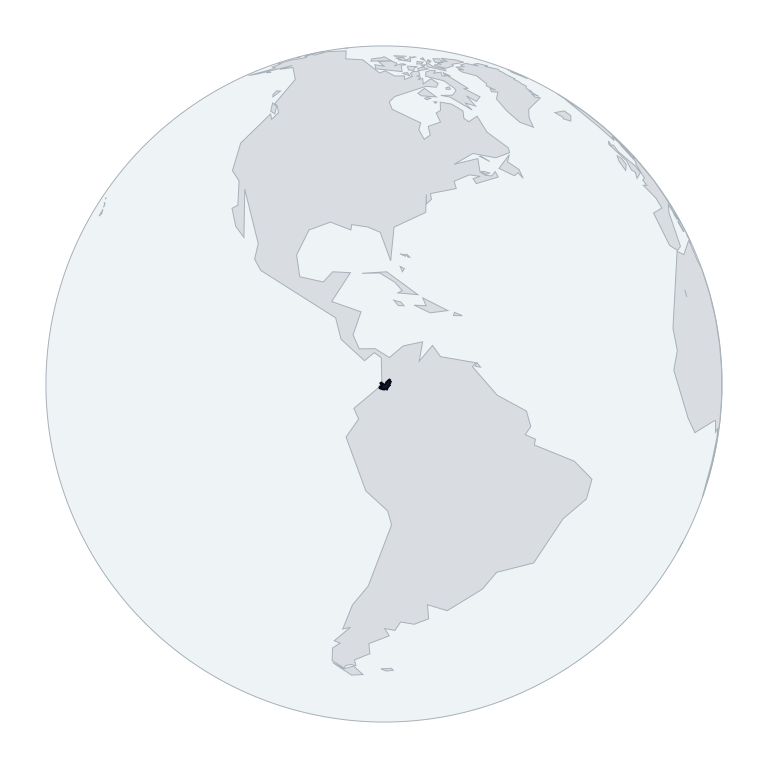 Valle del Cauca on an orthographic globe, rotated 12°
{"feature_id": "COL-1408", "entity_name": "Valle del Cauca", "entity_type": "Department", "adm_level": 1, "iso_a3": "COL", "parent_name": "Colombia", "parent_adm1": "", "projection": "orthographic", "projection_center": [-76.797, 4.064], "detail": "fine", "context": "on_globe", "style": "filled", "palette": "ink", "viewbox_px": 768, "rotation_deg": 12, "n_neighbors": 0, "source": "natural_earth", "source_scale": "10m", "svg_char_len": 10261}
<svg xmlns="http://www.w3.org/2000/svg" viewBox="0 0 768 768"><g transform="rotate(12 384 384)"><circle cx="384" cy="384" r="338" fill="#eef3f6" stroke="#a8b0b8"/><path d="M375.9,358.9L367.9,355.3L360.1,365.3L332.7,349.2L323.0,329.4L239.8,298.5L231.5,288.8L231.8,272.8L207.3,222.4L216.5,269.8L206.3,260.7L198.8,243.8L203.9,239.5L200.0,215.5L191.4,206.8L193.7,178.2L216.9,143.5L219.1,148.5L224.4,140.5L221.9,134.3L219.0,132.3L233.9,104.6L229.2,93.4L216.7,97.8L228.1,91.6L197.0,106.5L187.4,110.4L205.1,101.5L212.1,97.4L208.9,97.1L215.5,93.0L217.7,90.9L225.8,86.4L235.5,82.8L240.9,80.1L238.3,80.2L244.8,76.6L247.7,76.7L259.4,70.7L277.7,66.0L279.0,73.9L295.8,71.3L315.0,80.7L320.0,77.5L330.4,80.5L340.0,78.4L340.8,81.8L347.8,77.3L345.3,74.8L347.5,72.2L352.9,71.0L354.9,74.7L352.5,75.9L355.9,76.4L354.5,79.0L358.3,77.1L360.0,82.4L366.4,75.6L374.5,78.7L373.5,82.8L363.0,84.2L334.7,100.6L330.5,107.0L334.9,113.6L365.6,121.0L365.2,128.1L372.5,136.3L377.5,130.9L373.7,122.8L384.8,116.0L378.7,108.1L382.4,104.6L380.4,96.6L392.1,96.2L404.5,100.5L406.8,107.4L412.3,109.9L419.4,102.7L432.5,116.3L456.6,127.2L458.7,131.6L446.3,139.5L423.0,140.0L406.9,154.5L428.9,144.0L433.9,156.7L439.6,158.8L446.0,158.1L448.6,153.1L452.7,157.8L432.6,168.8L428.5,164.7L434.9,160.9L424.0,161.7L410.4,171.1L414.0,177.8L389.8,188.1L392.0,193.4L388.0,199.2L386.0,189.8L389.1,207.5L361.2,228.5L364.9,262.1L348.8,236.4L335.4,233.8L319.3,234.8L319.6,240.2L297.9,236.8L278.6,248.9L271.7,276.0L279.3,296.6L303.3,296.9L310.5,284.9L328.0,282.1L315.7,314.2L346.5,318.2L343.5,342.4L352.5,354.8L367.9,351.3L383.8,357.0L394.9,342.7L413.0,334.7L413.7,354.4L423.4,336.2L433.7,345.5L469.5,344.1L466.8,348.6L497.0,371.4L529.0,380.9L536.4,395.1L532.7,404.2L543.6,406.5L543.7,412.4L586.3,420.0L607.2,433.9L605.9,454.4L587.2,478.5L567.6,527.9L533.3,544.8L522.8,564.3L492.9,592.6L472.4,590.9L476.5,604.4L463.6,612.7L449.7,613.4L445.9,622.8L435.6,623.1L441.4,629.2L423.1,641.2L426.3,650.7L412.5,660.0L415.0,665.3L410.4,665.2L405.1,667.2L404.1,670.2L390.7,665.2L388.6,652.9L394.8,646.6L388.7,645.5L401.8,628.9L394.6,632.3L399.1,606.6L410.6,584.8L420.7,520.3L414.0,507.4L388.5,492.4L357.9,443.8L366.5,423.5L359.6,414.1L382.1,385.3L375.9,358.9ZM70.3,279.1L72.8,271.5L72.4,276.1L70.3,279.1ZM73.5,267.1L72.8,269.6L73.2,267.5L73.5,267.1ZM73.4,265.7L73.5,266.7L73.0,266.3L73.4,265.7ZM72.8,264.9L73.2,265.0L73.0,265.3L72.8,264.9ZM363.3,273.7L398.5,289.6L378.7,292.0L382.4,288.9L373.5,282.2L356.8,276.3L339.4,280.3L363.3,273.7ZM73.0,261.2L73.2,260.1L73.8,259.4L73.0,261.2ZM378.6,254.6L372.5,253.4L378.5,253.2L378.6,254.6ZM216.6,132.3L221.2,134.7L221.0,142.4L216.5,140.7L216.6,132.3ZM217.9,119.6L221.9,119.0L215.6,126.3L215.2,124.3L217.9,119.6ZM206.3,102.5L208.8,102.7L204.1,104.1L206.3,102.5ZM216.6,91.5L213.8,92.9L216.1,91.3L216.6,91.5ZM374.1,97.6L377.2,97.1L376.0,98.8L374.1,97.6ZM370.4,94.8L366.8,97.1L364.4,96.1L366.7,94.7L370.4,94.8ZM230.6,83.2L235.3,80.7L232.2,82.5L230.6,83.2ZM375.4,92.3L360.8,94.3L356.8,92.7L362.1,86.4L375.4,92.3ZM256.7,71.0L249.5,74.0L246.6,75.6L244.2,76.4L239.0,78.8L244.9,76.1L256.7,71.0ZM342.1,74.5L345.1,77.2L337.5,76.2L342.1,74.5ZM336.7,74.7L310.4,77.4L308.7,73.6L317.9,73.1L311.6,69.8L323.7,66.5L329.9,67.6L328.6,70.5L334.2,67.2L336.7,74.7ZM279.0,62.8L277.4,63.3L275.8,63.9L279.0,62.8ZM347.8,71.1L342.6,71.7L340.8,68.3L350.8,66.6L348.2,68.2L347.8,71.1ZM304.1,70.9L304.5,68.5L314.4,65.1L315.9,63.8L323.9,66.2L304.1,70.9ZM351.3,68.4L355.9,66.0L361.7,66.7L352.7,70.4L351.3,68.4ZM336.1,68.3L335.7,66.8L339.2,67.0L336.1,68.3ZM385.0,69.0L378.8,69.1L377.3,67.2L385.0,69.0ZM357.2,65.1L355.2,64.9L353.9,64.4L358.0,63.1L357.2,65.1ZM330.3,63.9L334.4,63.2L327.6,62.7L334.7,60.6L338.7,62.8L340.0,61.0L342.2,60.4L343.0,63.0L330.3,63.9ZM358.4,60.4L366.0,63.3L377.7,63.2L379.3,64.8L360.2,64.7L358.4,60.4ZM349.3,61.6L355.3,61.1L354.3,62.8L349.6,64.3L349.3,61.6ZM338.1,58.7L326.1,61.2L325.6,60.8L338.1,58.7ZM362.0,59.9L360.1,59.3L362.9,59.7L362.0,59.9ZM345.7,58.5L341.5,59.3L341.1,58.7L345.7,58.5ZM359.7,57.6L362.2,58.3L359.1,59.2L359.7,57.6ZM353.5,57.7L353.9,56.7L356.5,59.0L351.7,58.1L353.5,57.7ZM345.9,57.8L344.3,57.7L347.8,57.6L345.9,57.8ZM370.2,54.4L374.2,57.1L367.3,58.8L364.3,55.7L370.2,54.4ZM412.7,675.5L391.6,667.1L403.7,670.9L413.1,666.3L423.8,672.6L412.7,675.5ZM440.1,663.3L450.4,660.6L452.6,662.1L445.9,664.3L440.1,663.3ZM629.0,151.3L619.9,142.6L626.7,149.6L637.1,160.1L644.4,168.7L650.0,175.6L642.5,166.4L624.9,149.6L627.0,156.9L645.4,187.8L643.3,192.3L634.5,189.0L612.1,160.7L619.2,154.1L611.3,145.6L596.4,135.7L599.8,135.0L594.6,130.7L596.0,128.5L584.7,116.6L584.1,114.2L566.9,102.0L564.2,99.6L575.2,107.2L582.4,111.8L579.7,108.5L605.4,128.7L629.0,151.3ZM524.6,76.7L538.2,83.5L545.7,87.4L551.7,90.7L572.2,103.6L576.1,106.7L555.4,94.3L558.6,98.0L541.2,88.1L500.0,66.8L493.0,64.1L524.6,76.7ZM706.1,486.1L707.6,481.3L709.2,475.8L706.1,486.1ZM718.9,428.8L720.9,392.4L720.8,367.3L719.6,357.9L718.3,362.0L715.9,350.9L714.3,351.6L698.2,367.0L688.3,353.8L664.6,310.2L664.0,290.4L655.1,269.5L643.1,193.4L650.4,195.0L652.1,180.7L654.0,182.3L664.5,197.6L671.2,205.9L683.9,228.3L694.9,251.7L704.1,275.8L711.5,300.6L716.9,325.9L720.4,351.5L721.9,377.3L721.4,403.1L718.9,428.8ZM658.7,229.2L661.7,235.4L661.8,235.4L658.7,229.2ZM470.6,343.8L474.9,347.5L469.3,347.7L470.6,343.8ZM376.1,300.0L383.4,300.3L387.4,303.3L381.7,304.3L376.1,300.0ZM438.0,299.3L446.4,300.9L437.7,302.6L438.0,299.3ZM404.0,291.7L431.2,298.9L414.3,304.8L397.1,300.6L408.9,298.7L404.0,291.7ZM375.4,265.6L380.0,266.9L378.7,270.4L375.4,265.6ZM382.9,254.5L381.1,254.9L378.8,252.1L382.9,254.5ZM435.1,156.1L436.8,155.3L443.4,155.7L440.5,157.8L435.1,156.1ZM471.5,146.1L477.3,153.9L471.2,149.4L468.3,153.2L451.7,149.2L458.9,133.6L458.6,141.0L471.5,146.1ZM431.5,141.0L441.2,144.4L430.3,141.4L431.5,141.0ZM564.6,112.3L569.4,113.9L575.3,119.0L576.0,124.9L567.5,117.2L564.6,112.3ZM574.9,115.3L554.2,102.9L552.9,99.7L557.1,103.4L558.4,102.5L565.5,108.4L584.5,118.6L590.9,124.0L588.7,130.2L585.9,124.7L581.4,123.1L574.9,115.3ZM503.6,85.9L494.7,83.0L503.5,79.4L510.9,82.7L512.1,88.0L504.1,87.3L503.6,85.9ZM387.6,81.9L383.6,82.8L383.0,81.5L386.0,79.7L387.6,81.9ZM382.2,69.2L404.5,77.3L401.1,78.5L418.2,83.1L415.8,88.4L404.8,85.0L415.8,93.1L404.8,92.2L413.3,97.7L389.0,89.6L379.5,89.9L390.9,87.3L393.4,82.3L391.7,80.2L379.7,75.0L360.7,74.3L360.1,70.1L364.7,67.4L369.2,66.9L368.2,69.6L374.9,67.1L376.8,70.7L382.2,69.2ZM419.4,51.3L416.4,52.4L430.2,52.4L432.2,54.1L433.7,54.0L439.3,55.9L448.8,58.4L448.1,59.2L452.1,59.9L455.9,61.6L461.1,63.0L461.8,65.3L468.2,67.3L464.8,67.3L475.7,70.5L467.9,69.3L472.1,72.0L477.4,71.7L468.4,85.3L470.7,93.6L476.8,101.8L462.6,99.8L447.8,91.6L434.8,81.9L434.7,74.8L428.3,75.8L426.4,72.9L432.2,73.3L422.1,71.1L422.0,69.0L410.4,63.3L395.7,62.6L391.1,60.9L396.9,60.2L388.3,59.2L396.0,57.0L392.8,56.0L397.3,53.4L410.2,53.4L405.7,52.4L408.9,51.0L419.4,51.3ZM371.8,53.6L386.8,52.1L395.2,52.7L383.9,57.2L385.6,58.4L378.7,62.4L366.6,61.7L369.7,60.6L369.9,59.3L373.6,60.0L370.8,58.6L375.0,57.1L373.9,55.8L379.1,55.5L371.8,53.6ZM649.8,176.1L650.1,176.1L649.2,174.6L655.1,182.3L649.8,176.1ZM638.2,164.7L637.6,163.2L645.5,172.2L645.1,172.6L638.2,164.7ZM630.6,155.2L636.9,162.4L633.3,158.8L630.6,155.2ZM573.9,105.8L572.4,104.4L574.9,106.0L578.8,108.8L573.9,105.8ZM460.9,55.4L457.8,55.0L455.8,54.5L444.6,52.6L442.3,51.7L448.0,52.5L460.9,55.4ZM456.5,54.1L452.2,53.3L453.7,53.5L456.5,54.1ZM439.9,51.1L440.6,51.0L440.7,51.4L439.9,51.1Z" fill="#d9dde1" stroke="#a8b0b8" stroke-width="1"/><path d="M380.3,388.7L380.0,388.4L380.0,388.2L380.3,388.1L380.6,388.0L380.8,388.3L380.7,388.1L380.6,387.9L380.7,387.7L380.7,387.8L380.8,387.8L380.8,387.7L380.9,387.4L381.0,387.3L380.9,387.3L381.0,387.4L381.3,387.5L381.2,387.4L381.1,387.2L380.9,387.1L381.0,387.0L381.1,386.9L381.4,386.8L381.6,386.9L381.5,386.7L381.7,386.4L381.8,386.4L382.1,386.3L382.0,386.2L381.9,386.3L381.8,386.2L382.0,386.1L381.7,386.1L381.6,385.9L381.8,385.9L381.9,386.0L382.0,386.0L382.1,385.9L381.8,385.9L382.0,385.8L382.1,385.7L381.9,385.6L382.0,385.4L382.1,385.5L382.1,385.4L382.1,385.2L382.4,385.2L382.5,385.1L382.6,384.9L382.3,384.9L382.2,384.8L382.1,385.1L381.7,385.2L381.3,385.3L381.1,385.2L381.0,384.9L381.0,384.7L381.3,384.5L381.2,384.6L381.5,384.5L381.4,384.5L381.4,384.4L381.6,384.2L381.6,383.9L381.4,383.9L381.3,383.7L381.3,383.8L381.3,384.0L381.2,384.0L381.2,383.9L381.1,384.0L380.9,384.1L380.9,384.3L380.9,384.5L380.8,384.8L380.7,384.8L380.6,384.7L380.3,384.4L380.2,384.2L380.3,384.1L380.3,383.8L380.2,383.6L380.5,383.4L380.7,383.2L380.8,383.2L380.9,383.3L381.0,383.3L381.1,383.2L381.3,383.0L381.4,383.3L381.5,383.4L381.8,383.3L382.0,383.4L382.3,383.7L382.4,383.8L382.5,383.8L382.8,383.8L382.8,383.7L383.0,383.7L383.2,383.8L383.4,384.1L383.6,384.2L383.8,384.2L383.9,384.3L384.0,384.3L384.3,384.4L384.6,384.2L384.8,384.0L385.2,384.1L385.3,384.1L385.3,383.9L385.5,383.7L385.8,383.5L386.1,383.3L386.1,383.2L385.8,383.0L385.7,382.8L385.8,382.5L385.6,382.4L385.5,382.1L385.9,382.0L386.0,381.9L386.1,381.6L386.0,381.4L386.1,381.0L386.2,380.9L386.5,380.7L386.8,380.4L386.9,380.2L386.9,379.9L387.0,379.8L387.4,379.4L387.7,379.1L387.9,378.7L388.0,378.5L388.1,378.4L388.3,378.3L388.5,378.6L388.6,378.8L388.8,379.0L388.8,379.3L389.0,379.3L389.1,379.2L389.1,379.3L389.1,379.5L389.1,379.8L389.3,379.9L389.5,379.8L389.5,380.1L390.0,380.1L390.4,380.2L390.4,380.4L390.4,380.5L390.2,380.5L389.7,380.5L389.5,380.8L389.4,381.1L389.4,381.6L389.5,381.7L389.4,381.7L389.4,381.8L389.5,381.9L389.8,382.0L389.9,382.3L389.9,382.6L389.8,382.9L389.8,383.0L389.7,383.1L389.7,383.3L389.6,383.5L389.9,383.8L390.0,383.9L390.2,384.1L389.9,384.3L389.8,384.6L389.7,384.8L389.5,385.1L389.1,385.7L389.1,385.9L388.9,386.1L388.9,386.3L388.8,386.5L388.7,386.8L388.7,387.0L388.5,387.3L388.4,387.5L388.4,387.9L388.4,388.0L388.4,388.3L388.4,388.5L388.3,388.9L388.2,389.0L388.0,388.9L387.7,388.9L387.3,388.7L387.2,388.6L386.6,388.6L386.4,388.5L386.1,388.4L386.0,388.6L386.1,388.8L386.1,389.0L385.9,389.2L385.9,389.3L385.7,389.3L385.6,389.5L385.4,389.6L385.2,389.6L384.9,389.5L384.7,389.6L384.2,389.3L384.1,389.2L383.9,389.5L383.7,389.7L383.3,389.7L383.0,389.5L382.9,389.5L382.9,389.4L382.7,389.3L382.4,389.2L382.2,389.1L381.9,389.2L381.8,389.3L381.7,389.3L381.4,389.5L381.2,389.4L380.9,389.2L380.8,389.3L380.7,389.3L380.5,389.2L380.4,388.9L380.3,388.7Z" fill="#0f172a" stroke="#020617" stroke-width="1.5"/></g></svg>